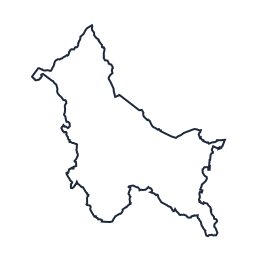 outline of Bratca, Bihor, Romania, rotated 97°
{"feature_id": "2599482B94251984599688", "entity_name": "Bratca", "entity_type": "district", "adm_level": 2, "iso_a3": "ROU", "parent_name": "Romania", "parent_adm1": "Bihor", "projection": "robinson", "projection_center": [22.609, 46.899], "detail": "fine", "context": "isolated", "style": "outline", "palette": "slate", "viewbox_px": 256, "rotation_deg": 97, "n_neighbors": 0, "source": "geoboundaries", "source_scale": "gbopen_adm2", "svg_char_len": 5840}
<svg xmlns="http://www.w3.org/2000/svg" viewBox="0 0 256 256"><g transform="rotate(97 128 128)"><path d="M88.6,229.5L89.4,228.9L89.7,228.1L90.1,227.9L90.8,226.7L91.2,226.7L91.9,225.5L91.9,225.1L91.3,223.7L91.3,223.4L90.8,222.2L90.1,221.5L89.0,221.1L88.9,220.7L87.1,219.8L86.0,220.7L85.1,220.0L84.7,219.0L90.4,209.1L90.6,208.1L92.3,206.7L93.6,204.6L94.1,204.3L97.7,202.8L100.3,202.8L102.3,201.9L103.7,200.4L105.6,197.8L108.0,195.6L108.2,194.3L108.0,193.5L108.8,192.8L111.0,192.2L111.9,192.9L113.2,193.4L114.6,193.3L116.9,192.7L119.7,192.6L122.7,193.1L124.5,191.4L126.7,190.9L129.3,189.8L129.4,189.6L129.2,188.2L129.7,187.3L130.6,186.5L133.3,186.0L134.8,187.0L135.4,187.7L134.3,189.5L134.2,190.2L134.4,191.2L133.6,191.7L133.0,192.4L134.0,192.7L135.2,193.8L136.2,194.1L139.1,192.3L139.5,191.1L140.1,190.8L139.5,189.3L139.6,188.8L140.3,188.4L141.5,188.3L141.9,188.5L143.3,187.6L144.3,186.5L145.2,186.4L146.7,185.7L147.2,184.2L148.2,184.5L149.1,184.3L148.9,182.9L149.6,181.5L149.6,179.8L150.1,178.6L150.2,177.0L150.7,176.6L154.7,176.4L156.0,176.6L157.9,175.7L158.6,175.7L159.5,174.9L161.5,174.4L165.3,175.7L167.3,177.1L168.2,176.2L168.1,175.6L169.3,175.2L172.0,174.8L173.2,177.3L174.1,177.2L173.9,177.6L174.3,178.9L174.9,178.6L174.7,179.4L175.2,179.6L176.2,181.4L179.5,181.8L179.6,182.6L180.2,182.5L180.2,183.5L181.3,183.3L184.4,181.0L185.1,180.2L186.8,179.2L188.6,176.8L189.4,176.9L190.8,177.8L191.4,177.6L193.4,177.6L194.5,177.2L194.5,175.9L193.0,174.5L191.5,173.9L191.4,173.5L189.8,172.9L189.8,172.7L187.7,172.2L189.5,171.1L190.1,169.8L192.3,166.8L192.3,165.5L197.1,161.7L197.8,160.5L198.9,160.4L199.2,159.1L199.9,159.0L201.5,160.0L202.7,160.1L207.5,159.4L209.0,159.9L209.4,159.2L209.6,156.6L210.1,155.8L211.1,155.4L212.9,155.7L214.4,155.0L220.0,150.6L220.2,149.8L219.5,149.3L219.6,149.0L220.3,149.1L220.8,148.5L221.2,147.7L221.1,147.2L222.3,146.4L222.0,144.6L222.4,143.6L222.3,142.9L223.1,142.4L224.1,142.6L223.6,134.9L222.8,132.4L222.2,131.9L220.7,131.5L217.2,129.8L214.2,125.8L214.2,125.1L212.8,123.9L210.9,123.2L209.6,123.4L206.9,120.5L206.8,119.9L205.2,118.8L203.2,116.9L203.0,116.2L202.3,116.2L202.5,117.0L200.2,117.2L199.0,117.7L197.3,117.7L195.9,117.2L195.3,118.1L194.4,118.3L193.2,119.5L189.7,118.8L189.1,118.5L188.8,118.1L187.1,118.4L186.8,118.6L186.6,119.2L186.7,120.1L186.4,120.3L186.2,120.2L185.7,119.7L184.5,116.0L185.7,112.3L185.6,111.5L185.9,110.7L187.4,109.1L188.4,108.9L187.6,107.1L187.8,105.8L187.2,103.4L186.8,102.7L184.3,100.7L184.5,100.6L184.7,99.3L185.1,99.0L185.1,98.1L186.2,96.9L187.4,96.4L188.5,96.7L189.0,97.7L189.6,95.6L189.6,94.6L190.0,93.5L190.7,93.0L190.8,92.4L191.2,92.0L190.6,91.4L190.7,90.5L191.5,89.9L192.3,89.8L193.5,89.2L197.6,85.9L199.9,79.8L200.9,78.3L200.8,77.4L201.3,76.3L201.8,75.8L201.7,75.5L201.9,75.3L203.8,74.2L204.6,73.2L204.8,72.5L205.0,72.5L204.9,72.2L202.7,71.4L204.9,69.6L206.3,67.6L207.7,66.5L208.0,65.6L207.6,64.7L207.6,63.3L207.2,62.2L207.2,61.7L207.5,61.2L207.8,59.5L209.2,58.2L209.5,57.6L209.5,56.0L209.1,54.6L208.2,54.4L208.2,54.1L207.4,53.4L207.3,52.1L206.6,51.6L206.8,50.5L206.5,49.8L206.4,48.5L206.2,48.2L208.5,48.0L208.9,47.6L209.4,46.6L210.8,45.8L212.3,44.3L215.9,43.0L217.5,41.5L217.9,41.4L219.3,40.2L220.5,38.7L221.6,38.8L225.2,37.1L225.6,35.5L224.7,34.7L224.3,33.9L224.1,32.9L223.7,31.9L224.2,30.4L223.8,27.5L221.1,26.5L217.1,28.7L216.2,29.4L215.7,30.1L215.1,30.4L213.0,30.5L209.8,28.2L208.4,28.7L207.8,29.5L207.7,31.1L207.1,31.7L205.7,31.8L203.3,34.4L201.5,35.3L199.5,35.4L199.7,35.8L198.1,36.0L196.8,36.6L196.1,37.2L195.1,38.7L193.7,39.8L193.3,40.4L193.2,41.9L192.6,43.8L194.1,44.0L193.6,46.2L192.9,46.6L192.8,48.0L192.3,48.2L191.8,48.0L191.8,48.3L190.3,48.8L188.5,48.3L187.6,48.3L185.8,48.7L184.5,49.3L182.6,48.8L183.1,46.9L180.9,46.5L180.2,48.8L176.5,47.8L175.4,47.9L174.8,47.6L174.0,46.7L171.3,44.5L168.7,43.5L167.0,44.0L166.1,46.1L163.3,48.4L160.0,48.9L159.8,48.4L158.3,47.9L157.6,47.3L157.1,43.6L159.7,43.2L159.5,41.9L155.6,42.1L155.6,42.9L149.7,43.1L149.6,42.6L144.6,42.7L143.1,42.1L142.3,40.7L141.2,40.9L140.9,41.3L139.5,42.2L135.7,41.2L137.1,37.1L137.1,36.5L136.3,35.3L137.8,35.6L136.5,33.0L135.0,32.7L134.6,32.1L127.9,30.4L129.0,35.1L129.1,37.2L129.3,37.2L129.4,38.3L130.2,38.3L131.5,40.1L131.9,42.3L132.8,44.3L133.7,45.7L132.6,46.7L132.5,47.1L133.0,47.8L132.3,49.4L132.3,50.1L131.9,51.6L131.1,51.5L130.6,53.3L129.4,54.2L129.5,54.8L128.3,54.8L128.7,55.5L125.7,57.1L124.5,56.8L123.3,55.8L121.3,55.5L121.6,56.5L121.6,57.7L121.0,59.1L120.9,61.6L121.4,63.0L126.1,72.0L128.3,74.3L129.2,75.5L130.0,77.1L131.9,79.1L131.9,79.6L131.1,83.8L127.2,95.2L126.5,95.1L126.6,95.8L125.3,97.1L125.4,97.6L126.1,98.1L125.0,100.2L123.8,103.3L122.5,104.7L118.4,107.3L117.3,109.0L117.8,109.7L114.8,113.6L114.3,114.0L112.4,114.6L110.9,114.6L108.4,116.5L109.0,119.0L96.3,140.4L96.2,140.8L97.0,141.4L98.7,144.5L92.9,146.7L90.7,147.1L84.7,150.8L81.6,153.1L80.8,153.3L79.7,153.1L77.6,152.1L75.4,150.1L73.4,150.9L71.6,151.0L70.4,150.3L70.1,150.6L68.9,150.8L67.9,151.9L67.1,152.2L67.0,153.2L66.5,154.4L66.5,155.0L65.1,155.4L63.6,156.6L63.6,159.1L62.7,159.8L61.3,160.5L61.0,160.8L59.6,160.6L58.8,160.9L56.3,161.2L54.6,160.9L52.3,160.9L51.6,161.3L51.6,161.8L50.9,162.0L50.8,162.7L51.0,163.0L50.9,163.6L49.0,163.8L45.0,167.8L44.6,167.5L43.8,168.0L43.0,169.2L42.9,170.0L40.1,172.9L37.4,173.3L35.1,175.7L33.5,176.0L31.4,175.8L30.4,176.3L33.9,180.8L36.1,182.1L40.0,183.5L43.3,186.4L44.4,186.2L46.3,186.4L48.0,187.3L49.1,187.3L49.8,187.8L51.6,187.5L53.6,188.1L54.3,189.2L54.2,190.1L55.0,190.6L56.6,191.2L56.7,193.6L57.7,194.8L59.1,195.3L59.4,195.7L60.2,195.6L62.8,196.1L63.4,196.7L63.1,197.0L63.2,197.8L64.3,198.7L65.7,200.8L67.1,202.1L67.5,203.2L68.3,204.2L68.2,205.9L69.9,208.1L71.5,208.8L75.4,209.3L77.2,210.3L78.1,210.4L80.5,211.4L80.8,212.3L80.5,213.6L80.5,215.1L81.2,218.2L80.8,219.9L80.3,220.3L80.3,221.3L79.5,223.4L79.7,224.4L88.6,229.5Z" fill="none" stroke="#1e293b" stroke-width="2"/></g></svg>